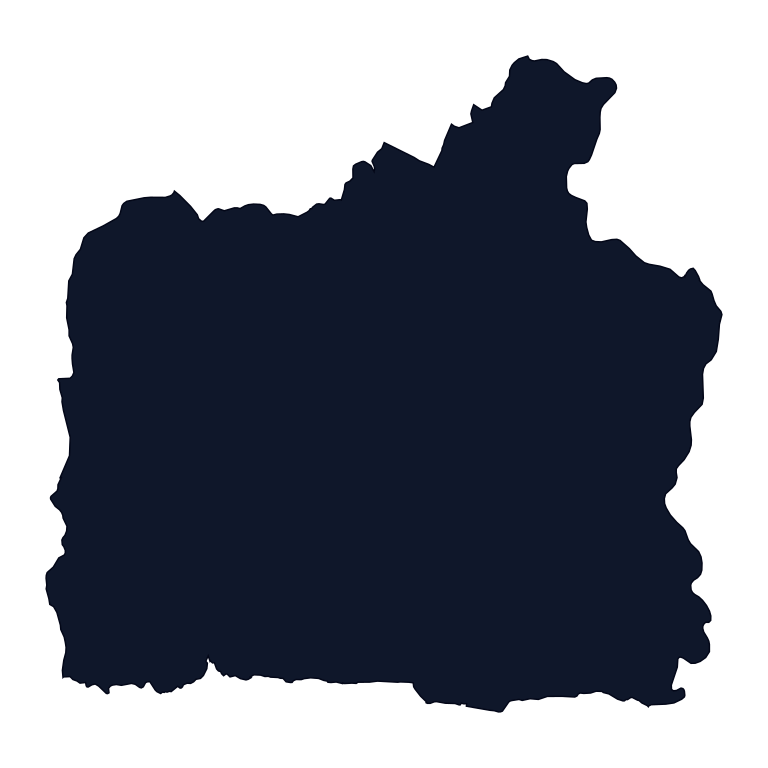 the district of Quebradanegra, Cundinamarca, Colombia
{"feature_id": "7082276B19995053800747", "entity_name": "Quebradanegra", "entity_type": "district", "adm_level": 2, "iso_a3": "COL", "parent_name": "Colombia", "parent_adm1": "Cundinamarca", "projection": "orthographic", "projection_center": [-74.5, 5.107], "detail": "fine", "context": "isolated", "style": "filled", "palette": "ink", "viewbox_px": 768, "rotation_deg": 0, "n_neighbors": 0, "source": "geoboundaries", "source_scale": "gbopen_adm2", "svg_char_len": 6016}
<svg xmlns="http://www.w3.org/2000/svg" viewBox="0 0 768 768"><path d="M693.2,268.3L690.4,269.0L688.6,270.3L686.7,272.9L685.0,276.6L684.7,275.9L684.2,276.7L681.6,277.9L678.9,277.0L670.1,269.3L660.0,266.2L649.1,264.3L644.3,262.7L635.8,255.9L629.4,248.7L620.0,240.4L616.9,239.3L611.7,239.6L601.4,241.9L595.2,241.6L591.5,240.2L588.7,235.0L586.7,227.5L585.9,222.0L587.3,209.1L586.9,203.3L584.8,200.9L575.8,197.5L571.5,195.5L568.8,193.5L567.4,191.1L566.6,187.9L566.3,176.5L567.6,171.1L568.9,168.4L571.9,164.6L574.2,163.5L584.2,163.3L587.8,161.7L589.3,159.7L591.5,155.0L596.9,139.0L599.3,133.5L600.1,129.6L599.9,117.3L600.2,112.2L601.0,108.4L603.4,104.5L614.9,92.6L616.5,88.2L616.1,84.9L614.7,82.2L612.0,79.3L609.5,78.1L606.8,77.7L596.1,78.3L592.3,79.9L588.6,83.2L586.3,83.6L582.4,82.8L575.0,79.7L564.1,71.8L556.6,63.6L553.3,61.6L546.8,59.6L541.8,59.5L534.4,61.0L532.0,60.6L529.3,59.3L527.7,56.1L518.9,58.9L514.3,62.7L512.1,65.3L509.8,70.0L509.5,76.3L505.6,82.6L505.2,85.8L503.4,89.6L494.3,97.8L492.0,103.2L491.4,106.8L482.0,110.2L473.7,104.7L471.6,110.7L470.9,113.9L472.8,122.5L459.0,127.8L454.4,126.3L451.5,124.2L444.6,140.4L443.7,144.6L442.1,148.2L441.9,150.6L434.0,167.2L428.8,164.4L419.3,160.8L414.2,157.5L384.2,142.6L381.8,148.7L377.5,152.2L372.3,160.3L372.1,161.4L374.2,166.2L374.7,168.7L374.1,171.7L370.8,165.6L364.9,161.8L363.3,161.4L361.6,161.7L355.7,164.2L353.5,165.9L352.9,169.0L353.0,177.9L349.8,181.2L346.1,182.9L345.0,184.4L344.4,189.7L341.3,200.1L340.1,199.7L334.4,200.3L330.9,198.1L329.7,198.3L325.0,204.2L323.5,204.5L319.0,203.8L316.6,204.1L312.4,207.4L311.7,208.7L310.3,208.8L309.1,210.7L307.1,212.2L298.1,216.8L289.4,214.5L283.8,213.9L276.8,214.1L272.8,215.1L271.3,213.8L265.8,206.9L263.7,205.4L260.2,204.4L253.6,204.1L248.4,204.7L244.9,205.9L240.1,208.6L237.4,207.9L234.2,207.9L224.3,210.8L218.6,208.8L217.5,208.9L215.3,209.7L213.8,211.0L203.5,221.3L201.6,221.3L198.6,218.7L197.3,214.8L190.6,206.4L179.9,195.6L174.4,191.1L173.9,192.6L171.9,195.0L170.0,196.0L165.4,197.4L150.5,197.3L144.2,197.8L126.8,201.3L123.7,203.5L122.1,205.7L120.2,213.4L118.8,216.2L116.4,218.5L103.0,226.0L88.3,233.0L83.9,237.8L80.4,249.3L76.1,254.6L74.2,258.6L72.4,274.2L68.8,280.9L67.8,298.3L66.4,302.5L67.0,305.8L66.7,317.8L69.1,329.8L69.1,335.9L72.6,343.7L73.3,347.4L72.1,355.1L72.1,358.6L72.5,364.0L73.9,372.5L72.4,376.0L70.1,378.3L58.7,378.8L57.8,380.0L59.6,382.6L59.9,389.5L62.3,397.8L62.0,401.8L63.5,410.6L70.2,437.3L69.5,455.7L60.1,477.7L61.3,477.7L58.0,484.7L57.9,488.6L57.1,491.0L51.0,496.4L50.5,497.9L50.7,499.2L55.2,506.3L59.6,509.8L61.6,512.4L62.8,515.3L63.1,518.1L67.0,526.2L66.6,531.1L64.9,535.4L63.0,537.6L61.9,540.0L62.3,544.7L63.8,546.6L65.3,550.3L65.3,553.0L64.3,555.0L58.8,557.9L53.3,567.1L47.2,572.5L46.3,575.3L46.1,578.2L46.8,585.2L46.2,588.9L48.9,598.7L49.8,604.4L53.6,606.6L56.9,612.4L60.4,625.1L60.8,629.5L64.2,637.0L65.4,642.7L66.1,647.4L65.8,652.7L63.8,660.2L62.4,670.3L63.0,677.4L63.5,676.9L70.1,676.6L72.9,679.5L77.0,681.0L80.0,683.1L85.6,682.5L86.2,685.8L87.0,686.9L88.2,687.0L91.9,684.8L95.2,684.0L98.7,686.1L106.3,693.4L107.6,693.6L109.0,692.8L108.5,688.3L110.3,686.1L112.4,685.1L116.3,684.5L121.4,685.3L131.5,683.4L135.3,684.3L139.6,687.4L141.3,687.9L143.3,686.8L145.5,682.7L147.0,681.9L149.8,681.6L155.3,690.1L157.0,691.7L160.7,693.5L162.4,692.1L164.3,692.4L165.3,691.7L167.1,692.1L169.4,691.3L171.2,691.6L177.7,686.3L180.1,688.1L181.4,687.9L182.5,686.8L183.3,684.9L184.4,684.3L187.1,683.2L190.6,683.4L193.6,681.8L196.0,679.3L200.5,678.4L203.4,675.5L206.8,668.7L207.4,663.2L205.8,661.2L208.2,655.8L210.0,661.2L210.3,660.7L212.5,662.9L214.4,662.7L216.6,668.9L218.4,670.9L220.7,671.6L221.6,673.7L223.6,675.7L226.1,673.8L227.5,674.4L230.0,676.9L235.3,675.6L240.4,678.6L246.0,679.9L248.2,679.3L251.1,677.6L250.3,677.0L253.8,674.8L260.6,675.1L264.9,676.5L268.3,676.3L270.5,677.1L278.1,677.5L280.1,678.2L283.1,678.4L286.1,681.8L290.5,682.5L292.1,682.4L293.4,680.7L296.0,679.5L301.2,679.6L304.2,678.6L310.6,677.8L318.6,678.4L323.7,680.4L327.2,681.1L327.7,682.1L328.5,682.3L331.0,682.5L336.2,682.0L342.7,683.6L342.8,682.9L344.6,683.5L352.0,683.1L356.2,683.4L358.0,682.2L369.7,682.1L377.5,681.1L397.7,682.2L400.2,681.9L408.7,682.2L413.2,682.8L413.7,686.8L415.0,689.0L420.6,696.2L426.6,702.0L426.1,702.7L427.3,703.3L430.3,703.3L434.2,701.8L436.5,701.6L445.3,703.2L455.1,703.5L459.2,704.9L460.3,704.8L461.2,703.1L463.6,703.8L466.6,703.7L466.4,706.2L490.1,710.3L494.3,710.7L498.4,711.9L500.6,711.8L502.4,711.1L508.8,701.9L510.3,700.9L512.0,700.5L519.0,699.4L522.2,700.4L530.1,698.7L538.4,699.4L547.3,696.4L561.9,696.3L574.8,697.0L576.9,696.0L578.3,693.9L580.2,693.0L583.7,693.4L590.6,693.0L596.1,691.2L602.0,691.4L603.3,692.5L608.9,693.9L617.5,699.1L623.0,700.9L624.5,700.8L625.8,699.6L627.5,699.6L630.6,697.6L632.2,697.4L637.4,700.1L639.1,700.5L641.8,702.9L647.3,705.6L648.3,706.7L648.6,706.0L651.1,704.7L665.9,704.1L674.0,702.9L681.7,699.2L684.4,696.9L684.8,695.3L684.4,691.2L683.8,689.6L682.9,688.6L681.0,688.1L676.5,690.5L673.4,690.8L671.5,689.4L671.3,685.1L677.3,667.1L677.8,658.9L679.2,657.2L680.8,657.1L683.4,658.1L691.0,663.3L695.2,663.2L700.2,661.4L705.7,657.5L709.4,651.7L709.4,644.5L708.8,641.2L707.3,637.9L703.7,632.0L702.7,628.2L702.9,625.9L703.9,624.0L705.6,622.3L708.8,622.3L710.7,620.4L710.8,615.9L709.5,611.2L706.5,605.5L702.5,600.3L698.8,596.9L694.7,594.5L692.5,592.5L691.1,589.9L690.7,585.2L691.3,583.0L693.6,580.2L697.5,577.7L700.5,574.3L701.8,570.2L702.0,563.0L701.0,556.8L698.6,551.6L690.5,543.7L688.2,539.8L685.0,530.8L682.9,527.9L676.7,522.3L670.3,515.0L666.2,508.0L664.6,503.6L664.3,498.6L665.6,493.8L672.2,487.8L675.2,484.1L677.0,477.6L676.2,472.4L676.3,468.7L678.5,465.6L684.1,459.7L689.1,451.7L691.1,445.3L691.4,439.8L689.8,426.0L689.8,421.7L690.9,417.3L694.4,412.4L702.1,404.3L703.3,398.0L702.5,374.3L703.5,368.4L705.9,363.9L711.2,359.8L716.3,351.5L718.3,339.3L719.4,324.3L721.9,314.6L720.9,311.4L716.2,305.8L714.0,300.7L712.1,294.0L710.9,291.1L702.9,284.6L699.5,280.4L699.8,280.1L698.5,276.5L695.2,270.5L693.2,268.3Z" fill="#0f172a" stroke="#020617" stroke-width="1.5"/></svg>